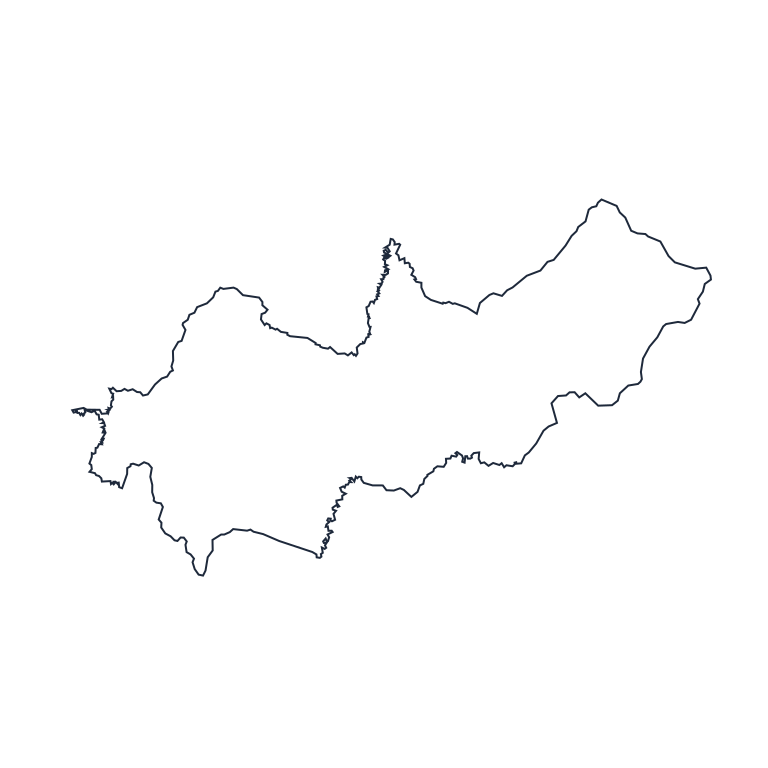 outline of Thoeng, Chiang Rai, Thailand, rotated 11°
{"feature_id": "78962969B30724272776962", "entity_name": "Thoeng", "entity_type": "district", "adm_level": 2, "iso_a3": "THA", "parent_name": "Thailand", "parent_adm1": "Chiang Rai", "projection": "mercator", "projection_center": [100.122, 19.692], "detail": "fine", "context": "isolated", "style": "outline", "palette": "slate", "viewbox_px": 768, "rotation_deg": 11, "n_neighbors": 0, "source": "geoboundaries", "source_scale": "gbopen_adm2", "svg_char_len": 6149}
<svg xmlns="http://www.w3.org/2000/svg" viewBox="0 0 768 768"><g transform="rotate(11 384 384)"><path d="M458.4,453.9L460.1,449.6L459.1,445.6L463.4,444.5L464.0,441.5L468.7,441.5L469.5,439.7L467.3,438.3L468.6,436.8L474.2,439.3L475.8,441.9L475.6,445.4L478.1,445.8L477.6,439.4L479.3,439.0L480.5,441.2L482.9,440.8L484.4,439.5L483.4,437.7L485.3,434.7L490.5,433.0L491.2,439.5L494.2,443.3L497.4,441.8L502.2,444.4L506.2,440.7L512.7,441.5L514.6,439.3L517.8,442.8L519.7,440.4L526.0,440.2L527.7,437.6L527.2,436.3L528.7,435.6L529.2,437.0L533.8,435.7L535.9,427.2L539.2,423.6L544.8,413.3L549.5,399.4L553.7,394.3L561.2,389.2L552.1,371.0L557.1,362.6L564.9,360.5L567.7,356.8L572.7,355.7L578.2,359.9L583.4,354.7L598.4,364.4L611.9,361.3L616.7,355.7L617.3,348.1L624.1,338.9L633.3,335.5L635.3,332.8L636.2,330.0L633.9,323.2L633.4,309.6L637.5,296.7L643.4,286.0L647.1,274.2L649.5,271.3L660.7,267.0L667.5,266.7L673.2,262.3L678.4,244.9L675.9,240.8L679.4,232.5L679.8,224.6L685.0,219.1L683.8,215.3L678.1,208.3L667.5,211.4L646.3,209.1L638.9,204.1L628.1,191.4L615.1,188.8L612.0,186.9L604.1,187.8L597.4,186.4L589.1,174.6L582.7,170.6L578.4,164.8L562.3,161.4L559.4,165.2L558.5,169.0L554.3,170.9L551.7,173.8L550.8,185.9L544.7,192.8L543.8,197.3L539.9,202.8L535.8,213.5L526.9,229.8L521.2,232.9L515.9,242.8L503.5,250.5L491.8,264.7L487.0,268.5L483.0,275.0L474.1,274.1L470.5,276.5L462.7,286.2L461.7,297.4L451.4,293.3L438.1,291.3L436.2,292.2L432.1,290.9L429.0,292.9L426.6,292.8L426.3,294.0L414.0,292.5L407.6,289.9L402.3,282.2L401.4,277.5L396.1,277.5L393.9,275.6L395.4,274.9L394.2,273.2L390.0,271.6L391.4,267.0L390.0,264.9L387.1,264.2L386.2,261.1L384.7,260.3L381.4,261.5L380.0,256.6L375.6,259.6L373.6,254.9L370.9,253.6L373.3,244.2L372.1,243.5L367.7,245.2L367.4,242.6L365.1,240.4L362.9,240.3L363.0,246.2L359.0,249.9L361.4,249.6L364.3,252.7L363.1,254.3L360.1,252.0L358.3,253.3L359.0,254.9L365.8,256.9L364.4,258.5L360.6,257.1L358.9,258.1L363.4,259.7L362.3,260.6L360.0,259.9L359.4,261.9L361.6,262.9L362.0,266.2L364.6,266.8L361.8,269.0L366.2,270.5L363.3,272.2L363.4,273.8L366.3,271.7L366.8,274.7L364.8,276.6L361.7,277.1L364.8,279.3L363.1,278.9L363.4,281.2L361.2,281.7L363.1,284.0L362.5,285.8L360.6,286.4L362.5,287.1L361.1,290.3L359.5,290.2L360.3,292.0L359.3,292.8L360.5,292.5L360.0,293.8L361.1,293.6L360.6,294.7L362.1,296.0L360.2,297.3L361.8,298.7L359.9,299.5L361.1,301.9L359.1,303.1L358.6,306.5L357.1,305.2L355.1,305.8L354.1,310.4L352.1,312.1L354.3,318.4L355.5,318.5L355.4,320.9L357.3,320.6L356.4,321.2L357.3,322.1L356.4,322.7L356.6,327.3L358.8,330.7L359.9,330.5L359.6,335.4L360.6,337.1L359.8,337.5L360.8,338.0L359.2,338.8L359.9,340.7L357.9,341.8L356.9,347.4L355.4,347.0L355.7,348.2L353.1,349.3L350.3,353.4L352.2,359.1L351.1,361.7L349.6,360.4L348.8,361.4L346.2,359.2L343.1,362.8L339.6,361.5L332.7,363.3L324.0,358.0L322.3,360.0L317.0,360.1L314.3,359.5L313.7,358.2L309.2,358.1L309.1,356.8L300.1,353.4L282.7,355.0L279.7,354.1L279.4,352.3L272.8,352.5L268.5,350.2L267.2,351.3L263.1,350.1L261.6,350.9L260.4,347.9L257.0,346.9L255.6,348.9L250.9,344.1L250.5,338.7L253.7,336.7L255.5,333.3L249.6,329.9L249.0,326.7L244.9,323.0L228.6,323.7L221.4,318.9L217.9,318.1L208.2,321.3L204.9,320.7L203.2,324.3L200.9,325.5L199.8,331.5L194.8,338.6L185.9,344.2L184.3,350.2L179.8,353.2L179.1,358.4L175.1,362.5L175.0,364.4L178.8,368.8L177.1,380.3L174.0,382.0L170.5,391.9L172.6,401.2L172.0,407.3L174.2,411.0L171.8,412.8L169.7,418.1L164.7,421.0L159.3,428.2L154.1,439.3L149.6,441.3L146.3,438.6L143.1,439.0L138.3,437.1L133.9,439.5L130.2,438.3L127.4,440.9L122.9,442.1L118.6,439.4L117.5,441.0L115.2,441.0L118.2,445.0L120.0,445.2L119.6,448.7L120.5,448.1L121.2,451.0L119.8,453.0L120.0,457.1L121.2,458.2L119.9,460.3L118.2,460.1L118.9,461.4L117.8,461.9L119.3,462.1L117.8,463.8L119.0,464.1L118.8,465.6L117.8,464.7L117.5,465.8L112.6,467.1L109.8,463.6L97.1,465.9L93.7,464.8L83.0,469.2L84.8,471.3L87.0,470.3L86.3,468.8L87.3,468.0L88.5,470.9L90.3,470.5L91.9,472.4L92.8,470.7L94.7,472.6L95.3,471.6L94.2,471.2L96.2,468.9L95.1,466.6L102.3,467.5L105.0,465.4L107.7,468.6L109.8,468.6L111.3,473.3L114.1,472.4L116.3,474.9L114.9,476.1L116.7,475.8L118.2,478.3L115.2,480.3L117.9,481.1L117.1,485.3L119.0,485.1L119.0,483.5L120.0,485.0L117.5,491.5L119.3,491.2L118.9,492.9L117.5,493.4L118.6,495.1L117.2,495.2L118.6,497.0L115.8,497.3L114.8,501.2L113.2,501.8L113.9,506.7L112.3,508.0L110.4,507.6L111.1,511.4L110.0,518.3L112.1,519.4L113.4,523.3L111.7,526.4L117.3,526.7L118.8,528.4L121.8,528.7L124.5,530.5L125.7,533.6L134.0,531.5L135.1,534.3L136.1,532.9L137.8,534.1L138.5,532.9L137.5,531.5L139.1,531.1L141.8,533.1L141.3,531.8L142.4,531.4L143.7,535.8L146.8,536.3L149.0,521.3L148.0,515.5L150.8,513.1L150.7,511.1L152.9,510.1L158.8,510.8L163.4,506.6L168.0,507.4L172.1,510.7L172.3,519.7L175.8,527.3L177.1,534.5L180.0,539.9L180.2,542.5L183.2,543.9L187.7,543.7L190.4,546.9L188.7,560.0L192.0,562.6L192.7,567.4L197.8,572.4L203.6,574.2L208.2,577.4L211.2,577.5L213.6,573.5L216.8,573.0L220.4,576.2L219.8,579.7L222.3,586.7L226.7,588.2L230.8,591.7L230.1,595.5L233.5,601.8L238.4,606.5L242.9,606.6L244.4,601.2L244.0,587.7L247.6,580.1L245.4,569.8L252.9,562.8L256.0,562.2L260.9,558.8L263.6,555.2L277.6,554.1L280.7,552.4L284.1,553.9L294.0,554.4L311.0,558.1L345.7,562.6L350.2,564.2L351.0,567.0L354.2,566.9L355.5,565.4L354.5,563.0L356.1,561.4L354.2,556.4L357.2,557.2L358.5,555.8L356.8,553.6L358.0,550.8L355.3,551.5L354.3,550.1L356.2,546.8L357.7,549.2L359.0,548.8L359.4,544.9L357.3,542.5L361.8,539.1L360.6,538.0L357.5,538.7L356.0,534.5L354.1,535.3L354.3,532.9L356.5,530.0L354.3,528.7L354.9,526.6L357.4,526.4L357.4,528.2L359.1,528.7L361.9,526.6L359.2,521.1L361.1,517.6L357.7,517.1L357.1,515.3L360.7,511.6L362.0,513.5L363.4,512.6L360.1,509.6L359.5,507.5L365.1,505.2L364.3,501.7L367.4,499.0L363.0,497.8L360.7,494.4L363.5,492.3L365.2,493.2L365.7,490.2L367.8,489.6L368.6,486.9L370.3,486.6L368.4,485.5L370.1,483.5L368.3,482.9L370.1,482.3L373.5,485.3L374.0,480.3L375.8,481.6L377.0,479.8L379.4,479.7L380.0,482.1L383.0,484.9L392.1,485.7L402.2,483.8L406.7,487.8L414.0,486.7L419.8,483.2L423.7,484.2L432.4,489.6L437.5,483.5L438.6,476.7L441.6,474.5L441.7,469.5L444.2,466.0L443.9,464.9L449.1,460.3L449.2,457.7L452.1,454.6L458.4,453.9Z" fill="none" stroke="#1e293b" stroke-width="2"/></g></svg>